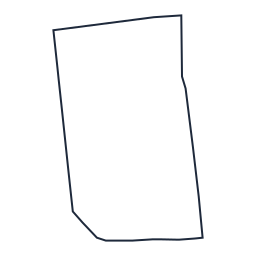 Prampir Meakkakra, Phnom Penh, Cambodia
{"feature_id": "14789045B12201712082665", "entity_name": "Prampir Meakkakra", "entity_type": "district", "adm_level": 2, "iso_a3": "KHM", "parent_name": "Cambodia", "parent_adm1": "Phnom Penh", "projection": "equal_earth", "projection_center": [104.914, 11.564], "detail": "fine", "context": "isolated", "style": "outline", "palette": "slate", "viewbox_px": 256, "rotation_deg": 0, "n_neighbors": 0, "source": "geoboundaries", "source_scale": "gbopen_adm2", "svg_char_len": 376}
<svg xmlns="http://www.w3.org/2000/svg" viewBox="0 0 256 256"><path d="M202.6,237.7L198.7,196.4L193.0,147.7L185.6,88.5L182.0,76.5L181.3,15.4L153.9,17.2L53.4,30.2L57.5,68.3L58.7,79.9L61.8,108.5L68.5,171.7L72.8,211.5L82.4,222.4L96.9,237.7L105.8,240.6L132.3,240.6L153.2,239.3L159.1,239.3L178.8,239.7L195.0,238.5L202.6,237.7Z" fill="none" stroke="#1e293b" stroke-width="2"/></svg>